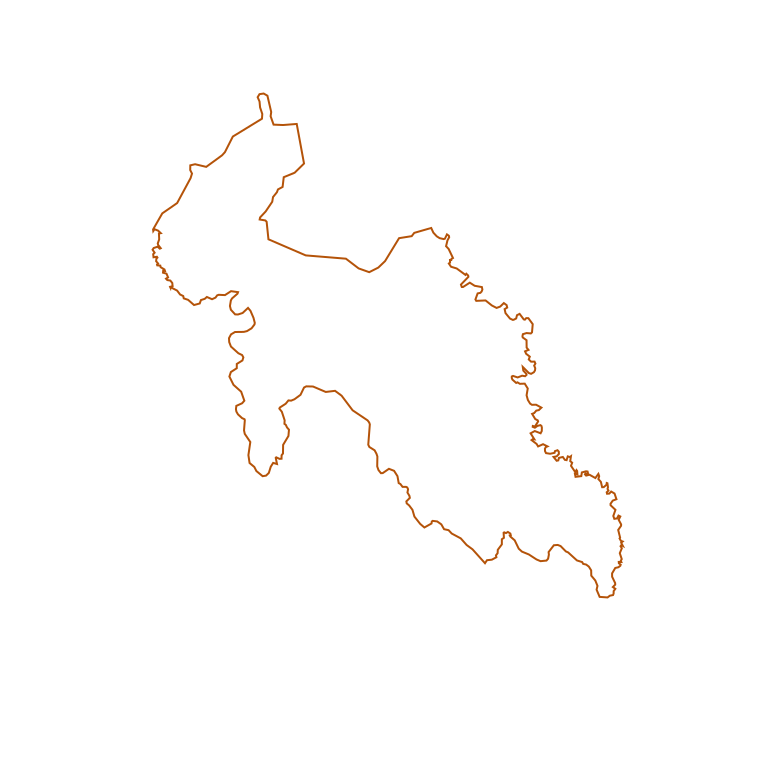 outline of Yanfolila, Sikasso, Mali, rotated 323°
{"feature_id": "8926073B66933927430110", "entity_name": "Yanfolila", "entity_type": "district", "adm_level": 2, "iso_a3": "MLI", "parent_name": "Mali", "parent_adm1": "Sikasso", "projection": "equal_earth", "projection_center": [-8.073, 10.95], "detail": "fine", "context": "isolated", "style": "outline", "palette": "amber", "viewbox_px": 768, "rotation_deg": 323, "n_neighbors": 0, "source": "geoboundaries", "source_scale": "gbopen_adm2", "svg_char_len": 6153}
<svg xmlns="http://www.w3.org/2000/svg" viewBox="0 0 768 768"><g transform="rotate(323 384 384)"><path d="M271.4,178.6L271.8,178.2L275.0,184.9L275.0,189.8L276.6,192.9L275.6,195.1L278.2,198.9L279.8,206.6L285.3,208.8L288.3,206.8L292.1,208.1L294.9,207.9L297.7,212.8L301.4,213.6L304.1,212.8L305.7,213.3L310.5,217.3L317.7,217.8L322.7,222.8L321.3,223.7L314.1,224.2L312.0,225.1L307.9,229.0L306.4,232.5L307.0,238.8L309.2,240.6L313.8,242.2L321.2,241.4L321.4,245.2L319.6,252.6L317.6,257.4L316.4,258.5L311.8,259.8L306.4,259.3L303.4,258.0L296.3,252.8L291.7,252.3L287.8,254.1L285.6,257.4L284.3,262.0L286.2,271.8L288.1,275.5L287.7,278.1L285.1,280.0L278.5,279.4L275.9,282.8L268.9,282.3L265.0,285.0L263.3,294.1L265.3,304.2L262.4,313.3L259.1,314.0L252.9,312.6L250.6,315.0L249.5,317.2L249.1,320.4L250.1,325.8L251.4,328.2L251.1,329.1L244.3,336.8L242.8,340.0L242.3,349.9L232.9,359.2L229.1,366.2L230.5,372.2L229.7,376.7L231.6,384.6L234.7,386.2L238.5,385.7L243.8,381.9L248.0,380.3L250.4,383.5L253.1,377.8L253.8,377.7L255.5,380.9L257.2,382.0L259.3,379.3L261.5,378.7L266.8,371.9L276.4,368.0L280.6,363.3L280.4,360.3L281.0,357.5L280.5,355.9L282.8,353.2L285.7,344.7L285.6,340.7L286.6,340.1L293.6,340.6L297.8,339.6L299.8,341.4L303.3,342.3L310.8,342.4L318.0,338.7L320.5,339.1L325.8,343.3L332.7,355.3L340.8,360.0L343.1,367.8L343.1,386.1L349.0,403.2L349.0,405.8L348.4,407.7L334.9,423.0L334.4,425.5L336.6,431.3L336.0,435.2L335.1,437.9L329.0,445.7L327.8,449.4L327.9,453.4L329.4,454.4L336.9,454.7L339.8,459.4L339.3,465.7L336.1,472.0L336.9,473.7L336.9,477.3L339.7,479.4L340.3,480.6L339.9,482.5L337.4,484.8L337.0,488.6L336.1,490.5L331.2,491.2L330.3,493.0L331.0,496.1L331.0,501.6L328.5,508.2L328.7,517.5L329.9,522.9L338.0,524.0L339.4,522.6L340.5,522.6L343.8,525.8L345.3,530.6L344.6,536.1L347.6,539.6L348.1,544.2L352.4,553.5L353.1,562.3L355.2,569.3L356.8,587.9L360.2,586.7L364.4,589.2L369.5,590.0L370.3,588.2L372.9,587.5L375.1,584.9L381.6,583.0L384.7,578.9L387.2,579.0L390.0,574.8L390.7,574.8L391.7,576.5L393.9,576.7L394.9,579.5L394.2,581.1L393.3,580.7L393.1,581.9L394.3,587.5L392.5,596.6L393.3,600.9L397.1,607.3L400.2,615.9L402.4,619.7L407.5,622.8L409.9,622.3L413.0,619.5L414.3,617.3L422.6,615.0L425.9,617.1L427.5,619.7L428.5,627.2L429.7,629.3L431.9,641.0L435.1,645.5L434.8,647.5L436.8,649.9L437.7,653.1L437.3,657.5L434.2,661.8L434.5,668.1L433.0,673.7L430.0,676.2L428.1,683.8L434.1,689.0L437.0,689.0L439.9,690.4L441.2,689.6L442.8,687.6L445.5,686.8L444.6,683.9L447.9,683.4L448.8,682.1L450.2,675.2L452.2,672.5L458.0,670.1L460.9,671.4L463.3,671.4L464.3,670.7L463.7,668.5L464.4,667.4L466.4,669.0L466.7,667.7L468.5,666.9L470.5,661.0L475.1,658.3L475.3,655.9L476.6,655.5L477.3,657.0L477.9,653.5L479.8,653.4L478.8,651.8L479.2,649.1L480.1,648.8L483.2,641.5L488.0,639.9L488.9,638.8L489.7,633.7L493.0,632.0L492.1,630.2L489.2,631.6L486.8,630.3L487.7,627.4L493.1,623.8L492.0,617.2L492.8,616.0L496.5,614.8L500.3,615.9L502.2,610.2L500.7,606.6L498.0,607.1L496.1,605.9L496.7,604.5L499.1,604.2L499.4,602.3L500.7,601.3L502.7,597.7L502.3,597.1L501.0,598.4L497.4,598.6L496.1,597.7L498.3,592.7L498.0,588.9L500.4,587.1L501.1,584.8L496.2,586.3L493.5,580.1L490.3,578.8L490.1,577.1L491.0,576.7L492.1,578.1L493.2,578.0L493.9,576.4L492.8,575.3L488.8,573.7L486.1,576.3L481.1,573.4L482.4,570.7L484.1,572.5L485.9,569.7L485.9,568.6L483.7,569.6L484.1,561.9L486.9,560.1L486.3,557.7L489.8,554.2L488.5,554.2L487.2,552.4L484.0,554.7L482.8,553.4L482.9,549.9L479.3,548.3L477.2,549.9L475.7,549.2L475.5,544.3L478.4,545.7L481.6,545.1L482.9,543.1L482.7,541.3L480.1,540.5L478.8,541.6L474.7,539.7L471.8,536.7L472.2,534.5L473.6,532.5L475.2,531.8L477.0,532.2L474.8,527.8L469.5,526.6L469.8,523.7L468.1,517.6L469.7,517.6L470.8,518.7L471.4,511.6L476.1,512.3L479.4,517.6L481.7,516.5L483.8,513.9L484.5,512.3L484.2,511.0L481.3,509.8L478.2,509.7L477.0,507.7L477.6,507.1L478.9,508.8L484.5,506.7L484.9,505.6L483.7,503.0L484.3,497.0L486.5,497.6L489.6,496.9L491.9,498.0L495.5,497.6L493.0,492.1L489.6,489.6L488.9,487.6L489.3,483.3L491.1,478.8L496.1,474.1L496.6,468.4L492.6,465.6L491.6,463.0L490.2,462.7L489.2,457.7L489.7,456.0L490.6,454.9L491.9,455.2L494.7,459.2L499.3,460.5L501.4,462.7L503.3,462.5L503.8,461.7L503.3,457.2L505.1,453.9L506.3,462.5L507.6,464.4L510.8,464.8L512.8,464.0L514.3,462.4L515.0,459.7L517.2,458.8L517.7,456.7L514.9,454.7L514.4,451.5L516.9,449.9L515.7,445.4L516.3,442.8L519.9,443.7L519.8,440.8L524.2,434.8L522.8,430.3L523.3,429.2L524.9,427.8L528.5,429.1L531.7,432.0L533.3,431.8L538.8,425.7L538.9,418.3L537.2,417.0L535.2,417.4L534.5,416.5L534.5,409.6L531.6,409.1L529.0,411.2L526.5,410.8L525.5,410.4L524.0,407.6L523.7,400.5L525.4,396.8L528.4,397.1L529.4,394.8L528.4,391.5L523.4,392.1L519.7,391.0L517.4,386.2L515.4,378.4L507.7,373.1L507.9,371.5L513.3,368.0L515.8,369.2L517.6,368.9L519.4,367.8L520.5,365.5L515.5,360.1L513.5,354.7L505.5,354.1L504.5,353.3L505.3,350.9L515.9,349.2L516.5,348.0L516.1,345.5L514.7,345.9L511.6,335.5L508.1,330.7L508.3,326.8L509.8,326.8L511.3,324.7L512.3,325.5L513.1,324.7L514.9,324.9L516.9,315.0L516.5,311.3L521.1,307.5L524.4,306.0L525.0,304.6L524.3,302.4L520.1,304.6L518.9,304.2L516.2,301.0L515.0,297.8L514.5,292.8L515.6,287.8L499.1,281.5L495.1,282.6L483.8,276.6L458.8,286.5L449.5,287.6L439.5,285.8L433.3,276.4L429.0,261.0L398.9,234.2L378.8,198.9L387.9,183.8L387.7,182.0L383.7,177.8L385.3,176.4L393.3,175.0L404.4,171.2L407.9,167.9L413.9,166.4L416.4,164.8L421.6,165.6L428.4,158.5L439.8,161.5L452.8,159.8L470.8,123.8L459.2,116.4L451.9,110.4L454.6,101.9L457.6,98.9L464.4,83.6L462.7,79.6L459.0,77.6L455.7,78.9L454.6,83.5L451.5,88.5L449.3,95.1L446.2,98.7L412.2,95.4L396.5,103.1L392.3,103.9L372.7,103.6L365.4,94.8L360.9,92.8L358.0,96.5L357.3,100.4L353.4,103.2L327.7,115.0L309.6,114.3L292.6,121.6L291.8,123.0L293.9,122.3L295.9,125.6L296.5,129.2L294.8,128.4L291.5,133.2L287.9,135.6L287.3,137.1L287.4,141.2L286.4,141.0L285.8,138.1L281.9,136.8L280.0,137.5L279.8,141.1L277.8,141.4L276.2,144.1L279.2,145.7L279.1,146.7L277.7,146.9L275.9,148.8L276.1,151.8L274.6,152.0L274.3,152.8L276.6,154.8L275.9,156.3L277.6,160.4L277.1,161.9L275.8,160.7L274.5,162.1L276.7,165.0L275.7,168.9L273.3,168.7L273.5,170.6L275.6,172.8L275.7,175.9L274.1,178.6L271.6,177.7L271.4,178.6Z" fill="none" stroke="#b45309" stroke-width="2"/></g></svg>